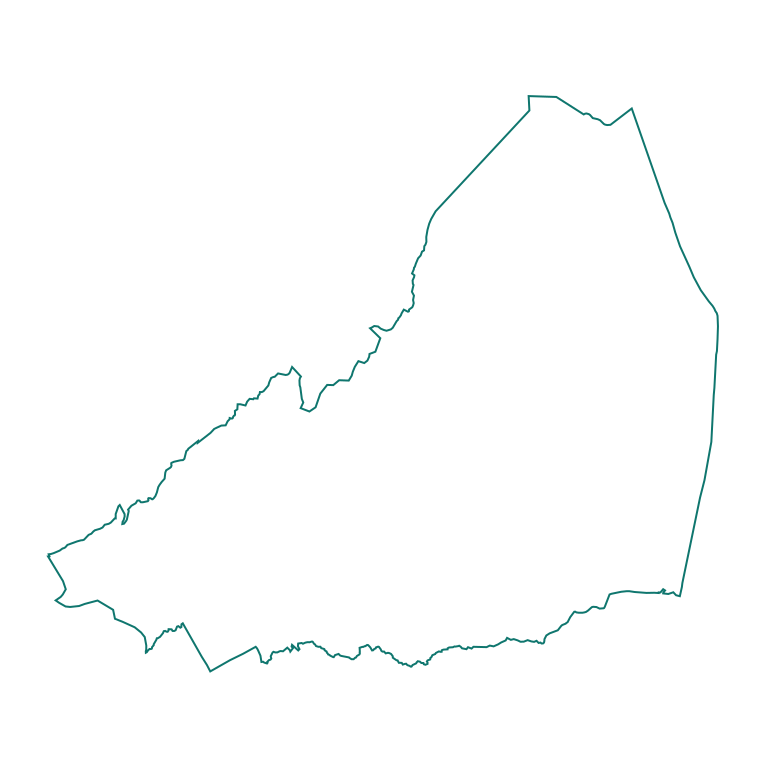 Huixquilucan, México, Mexico (Mercator projection), rotated 181°
{"feature_id": "50627088B22281598163621", "entity_name": "Huixquilucan", "entity_type": "district", "adm_level": 2, "iso_a3": "MEX", "parent_name": "Mexico", "parent_adm1": "México", "projection": "mercator", "projection_center": [-99.319, 19.371], "detail": "fine", "context": "isolated", "style": "outline", "palette": "teal", "viewbox_px": 768, "rotation_deg": 181, "n_neighbors": 0, "source": "geoboundaries", "source_scale": "gbopen_adm2", "svg_char_len": 6124}
<svg xmlns="http://www.w3.org/2000/svg" viewBox="0 0 768 768"><g transform="rotate(181 384 384)"><path d="M141.1,663.8L162.1,647.1L165.4,646.8L167.5,647.2L168.7,647.8L172.6,651.5L175.0,652.5L179.9,653.5L182.7,656.6L183.9,657.4L186.2,658.0L187.6,657.8L189.0,657.0L216.7,674.0L244.4,674.4L243.4,660.0L335.4,557.6L339.7,549.8L341.6,545.1L343.2,538.9L344.3,531.7L344.1,526.8L345.0,524.0L346.1,522.5L346.3,518.3L348.3,517.0L349.6,513.1L352.1,510.3L354.3,504.8L355.2,501.8L356.0,500.8L356.2,499.1L357.9,495.0L355.5,493.2L355.8,491.4L357.2,488.1L356.9,484.7L356.2,483.5L357.7,476.7L355.6,472.9L356.4,468.5L355.7,465.4L356.3,463.0L357.1,461.2L360.2,458.9L360.4,457.1L361.3,456.7L365.5,458.7L367.7,454.8L368.3,453.0L369.9,450.7L370.9,449.9L371.0,448.6L372.5,447.0L376.2,440.4L378.1,438.7L382.4,437.3L385.1,438.0L388.3,439.3L390.9,441.4L394.8,441.8L397.3,440.2L398.9,439.5L388.5,429.7L393.2,416.1L399.0,413.8L399.3,411.0L401.0,407.1L404.1,404.6L410.0,406.4L413.5,400.6L415.4,395.7L416.4,391.8L419.3,386.8L428.9,387.0L434.7,382.0L440.8,382.1L447.5,373.3L452.0,359.5L458.1,355.2L466.9,358.4L464.4,364.1L465.9,367.7L467.6,379.2L468.3,381.2L468.6,386.1L468.2,388.3L467.2,390.0L476.2,399.4L478.5,393.6L479.6,392.3L480.6,391.7L482.4,391.3L490.1,392.7L493.4,389.3L494.7,389.1L496.9,388.1L498.8,383.6L499.6,380.5L504.3,374.7L506.0,373.8L507.9,373.8L508.3,371.5L509.5,370.3L510.2,367.2L513.8,367.4L514.4,366.5L518.1,366.8L520.5,364.0L522.1,360.1L527.2,361.2L530.0,361.2L530.2,356.1L532.6,354.5L532.4,350.8L532.7,350.0L533.5,349.7L534.2,348.7L534.6,347.3L535.0,346.9L536.0,346.8L537.7,347.3L537.8,346.0L539.7,344.0L541.6,339.9L545.9,339.6L552.9,336.2L556.6,332.1L569.1,322.0L569.0,323.7L578.6,315.8L578.9,314.9L580.5,313.4L582.3,305.7L583.7,304.4L586.1,304.2L592.6,302.6L595.2,301.4L595.4,300.4L595.0,298.7L595.6,297.2L596.5,296.4L600.3,293.9L601.1,291.7L601.7,285.5L604.7,282.0L606.6,279.3L607.9,277.0L609.2,271.6L610.6,268.0L612.2,265.8L613.4,264.7L613.9,264.7L615.4,265.7L617.4,265.8L617.7,265.5L617.8,264.9L617.5,263.5L618.1,262.7L622.8,261.6L624.2,261.5L625.2,261.6L626.3,263.0L626.9,263.3L628.6,263.1L630.2,260.4L634.4,257.9L637.7,253.9L637.0,252.6L638.7,244.1L639.3,242.8L641.5,239.8L643.2,239.4L642.9,241.8L642.0,243.2L641.0,247.0L641.1,249.4L646.1,258.4L647.4,257.1L650.0,249.3L649.9,244.9L650.9,244.9L654.7,240.7L656.8,239.4L660.8,238.4L662.9,235.6L665.4,234.3L670.5,232.7L672.0,231.5L674.0,229.2L676.7,228.0L681.2,223.1L682.5,222.6L684.3,222.4L688.0,221.3L697.7,217.6L699.8,215.1L701.2,214.3L702.6,213.9L705.3,211.8L711.4,209.1L714.1,208.2L716.3,207.9L715.5,205.9L716.9,205.7L701.5,181.3L698.6,173.2L701.5,167.9L703.5,165.5L708.5,161.9L704.9,159.5L698.5,156.0L693.9,155.6L685.0,156.7L679.3,158.9L666.6,162.5L650.9,153.5L648.9,144.6L640.8,141.5L629.0,136.4L622.5,131.3L618.8,126.8L617.1,118.3L617.1,114.3L617.5,112.7L617.4,111.2L616.5,111.7L615.3,113.5L613.8,115.0L612.5,114.9L611.5,115.4L611.3,116.9L609.7,118.8L609.7,119.8L607.2,124.2L606.7,125.8L605.7,125.9L603.5,127.3L600.6,131.1L599.9,133.0L598.5,133.3L597.3,132.6L596.0,132.5L595.2,133.7L595.1,135.1L592.1,135.0L591.1,133.4L589.5,133.4L588.1,134.1L586.7,137.8L585.4,138.3L583.4,136.8L582.4,137.4L582.3,140.2L581.0,141.2L561.4,108.0L556.1,99.9L552.7,93.6L533.1,105.2L520.2,111.8L507.7,119.0L506.3,117.4L505.3,115.6L502.8,110.2L501.7,103.9L500.0,104.2L499.0,103.4L496.1,102.5L495.5,103.3L495.9,104.1L494.1,106.0L492.7,106.4L491.9,107.5L492.5,109.8L490.7,113.6L489.8,114.3L488.1,113.7L485.9,113.8L483.8,114.9L482.7,115.2L480.3,115.0L476.1,118.7L473.5,116.2L473.0,114.8L470.5,118.2L471.8,119.9L471.4,121.6L465.1,116.1L463.9,117.4L465.5,120.3L465.3,123.0L461.8,123.6L460.5,122.9L458.2,124.0L456.2,124.5L453.9,124.5L451.8,125.2L451.1,125.2L450.6,124.8L449.5,123.1L448.4,122.4L447.4,120.8L445.0,120.1L443.0,120.2L442.1,118.8L439.2,118.0L438.9,117.7L438.7,116.7L436.7,115.5L436.5,114.4L435.6,113.6L435.1,112.6L433.8,112.2L433.1,111.5L430.0,110.0L429.5,110.0L428.2,112.1L424.7,113.3L423.3,111.9L422.1,111.4L414.2,110.0L413.9,109.6L411.7,108.3L409.6,108.3L408.1,109.8L407.3,110.0L406.3,111.6L403.8,113.2L403.4,114.6L403.7,115.4L403.5,116.1L403.8,119.8L401.0,120.8L400.0,120.8L398.9,121.5L398.2,121.5L396.3,122.8L395.2,122.6L393.1,120.4L391.3,117.4L390.2,117.6L389.1,118.9L387.7,119.5L387.4,120.5L385.3,121.3L384.5,121.1L382.6,118.6L382.0,117.2L380.9,116.4L379.3,116.5L377.6,114.7L375.3,115.3L373.9,115.0L372.2,114.2L370.5,112.0L370.4,110.5L366.7,108.0L365.6,107.9L364.3,105.5L361.4,105.5L360.3,103.8L358.3,104.5L357.0,104.7L355.7,103.3L353.4,102.6L352.5,101.9L351.6,101.9L350.5,103.5L346.9,105.3L346.6,106.1L345.4,107.4L343.2,107.0L341.8,105.7L339.7,105.7L339.3,104.5L337.7,104.0L335.6,104.9L335.6,106.3L336.3,107.3L335.6,108.4L333.0,109.4L332.8,111.0L331.9,111.6L330.9,113.7L328.1,114.9L327.4,116.0L324.4,117.6L323.0,117.2L321.7,117.3L321.6,118.7L321.3,119.0L319.7,119.5L315.8,119.8L315.7,120.9L314.3,121.7L310.5,122.0L309.0,122.8L307.9,122.7L304.8,123.3L304.3,123.6L302.7,122.6L301.4,121.1L296.9,120.3L295.4,122.3L291.8,121.0L290.0,122.8L276.8,122.7L273.7,124.3L269.8,123.6L265.3,125.7L262.4,127.6L257.9,129.7L256.5,132.3L252.7,130.4L249.8,131.2L245.9,130.0L243.1,128.7L239.8,128.8L235.9,130.4L232.2,129.2L229.4,128.8L227.0,129.9L224.9,127.8L223.0,128.2L222.0,127.3L220.4,127.4L219.5,128.3L219.2,129.8L219.1,131.7L217.3,135.4L214.0,137.6L205.9,140.8L202.6,145.2L201.6,146.1L198.1,147.6L197.6,148.2L196.3,149.0L193.7,154.2L189.8,159.6L188.8,159.7L187.7,159.0L185.2,158.7L181.4,158.8L179.8,159.1L178.1,159.6L176.2,160.9L172.3,164.5L171.0,164.9L167.7,164.7L164.5,163.2L160.5,163.6L160.0,163.9L159.3,165.2L154.8,177.5L153.0,178.2L143.2,180.4L137.5,181.1L135.0,181.1L129.8,180.4L117.8,179.7L110.1,180.0L105.7,179.8L105.7,180.4L104.0,180.4L101.3,183.7L99.4,182.5L101.1,180.4L101.2,179.5L96.1,179.0L91.1,180.8L88.3,177.9L84.5,177.0L82.6,186.3L82.2,190.2L66.0,276.0L61.9,293.4L55.7,331.8L54.1,378.9L53.6,385.8L52.4,419.2L51.7,422.7L51.3,434.5L51.1,447.5L51.7,458.0L52.5,460.6L54.0,462.8L55.1,465.2L56.8,467.8L60.7,472.3L68.9,483.3L76.1,496.1L80.8,506.7L90.4,526.8L95.4,540.5L98.3,550.2L100.6,555.6L101.8,559.4L106.6,570.0L141.1,663.8Z" fill="none" stroke="#0f766e" stroke-width="2"/></g></svg>